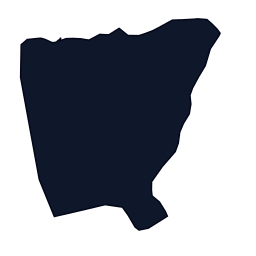 outline of Dar As Salam, North Darfur, Sudan, rotated 174°
{"feature_id": "16777658B35355118744985", "entity_name": "Dar As Salam", "entity_type": "district", "adm_level": 2, "iso_a3": "SDN", "parent_name": "Sudan", "parent_adm1": "North Darfur", "projection": "natural_earth1", "projection_center": [25.233, 13.229], "detail": "fine", "context": "isolated", "style": "filled", "palette": "ink", "viewbox_px": 256, "rotation_deg": 174, "n_neighbors": 0, "source": "geoboundaries", "source_scale": "gbopen_adm2", "svg_char_len": 2308}
<svg xmlns="http://www.w3.org/2000/svg" viewBox="0 0 256 256"><g transform="rotate(174 128 128)"><path d="M98.1,36.2L99.6,41.0L104.5,51.1L111.2,58.0L111.2,63.8L110.2,72.1L98.0,86.1L83.5,99.6L79.6,107.7L77.0,118.5L72.3,127.0L71.3,128.2L65.6,135.7L63.0,145.2L63.0,154.1L59.7,161.0L52.6,171.4L44.7,181.9L41.5,189.5L38.7,196.3L37.9,198.2L34.0,202.9L32.6,204.6L32.3,205.0L29.9,207.9L29.7,208.2L28.0,210.2L27.2,211.5L26.7,212.3L26.6,212.5L26.6,212.8L29.1,217.0L31.0,219.4L33.6,222.6L38.2,227.6L46.9,229.2L47.1,229.2L47.4,229.2L47.7,229.2L47.8,229.3L48.0,229.3L48.4,229.3L49.0,229.3L49.5,229.3L50.7,229.3L50.8,229.3L51.3,229.3L52.8,229.4L53.5,229.4L54.1,229.5L54.3,229.5L54.6,229.5L55.6,229.5L57.2,229.6L60.4,229.8L61.5,229.8L64.9,230.0L65.1,230.1L68.3,230.3L68.7,230.3L69.5,230.4L70.4,230.4L70.6,230.5L71.7,230.5L72.5,230.6L73.5,230.2L77.9,228.4L79.6,227.7L80.4,227.3L82.1,226.6L83.0,226.3L83.5,226.1L83.9,225.9L84.1,225.8L84.3,225.7L84.5,225.6L85.0,225.4L85.9,225.0L86.8,224.6L88.5,224.0L88.7,223.9L89.1,223.8L89.7,223.5L89.9,223.4L91.3,222.9L91.7,222.7L92.0,222.6L92.5,222.4L93.8,222.0L94.8,221.7L97.2,221.1L100.6,220.2L104.1,219.4L107.6,218.7L118.4,220.0L126.4,228.0L126.7,227.9L127.0,227.7L127.8,227.3L128.5,227.0L128.7,226.9L128.8,226.8L131.1,225.7L131.8,225.4L132.2,225.1L134.0,224.3L134.3,224.1L134.5,224.0L135.1,223.7L135.4,223.6L135.7,223.4L136.0,223.3L136.1,223.2L136.3,223.1L136.6,223.0L137.3,222.7L142.4,223.4L145.3,223.9L146.4,224.0L148.1,223.3L150.3,222.4L151.7,221.8L155.3,220.4L155.5,220.3L157.5,219.5L161.4,220.4L161.9,220.6L165.1,221.5L168.7,222.1L169.7,222.2L172.3,222.7L177.3,223.1L180.2,223.3L180.3,223.3L180.6,223.2L180.8,223.2L181.3,223.1L182.7,222.7L185.1,222.2L186.1,221.9L185.5,224.8L186.1,224.0L186.7,223.2L188.2,222.4L189.5,221.5L189.7,221.3L190.2,221.0L191.1,220.8L192.0,220.7L194.5,220.8L194.7,221.0L194.8,221.0L195.1,221.2L195.4,221.3L196.6,222.0L197.7,222.7L200.1,224.1L201.7,225.0L202.0,225.1L205.0,226.3L205.3,226.4L205.8,226.4L208.5,226.5L209.4,226.5L212.0,226.5L212.7,226.5L215.5,226.5L217.2,226.5L217.6,226.5L218.3,226.5L218.7,226.5L219.0,226.5L225.5,222.0L225.8,219.9L226.3,215.5L229.5,189.6L221.6,86.0L210.5,47.7L191.6,50.0L190.0,50.2L158.8,54.2L141.8,49.9L136.8,41.0L131.3,28.8L127.7,25.4L118.2,26.3L98.1,36.2Z" fill="#0f172a" stroke="#020617" stroke-width="1.5"/></g></svg>